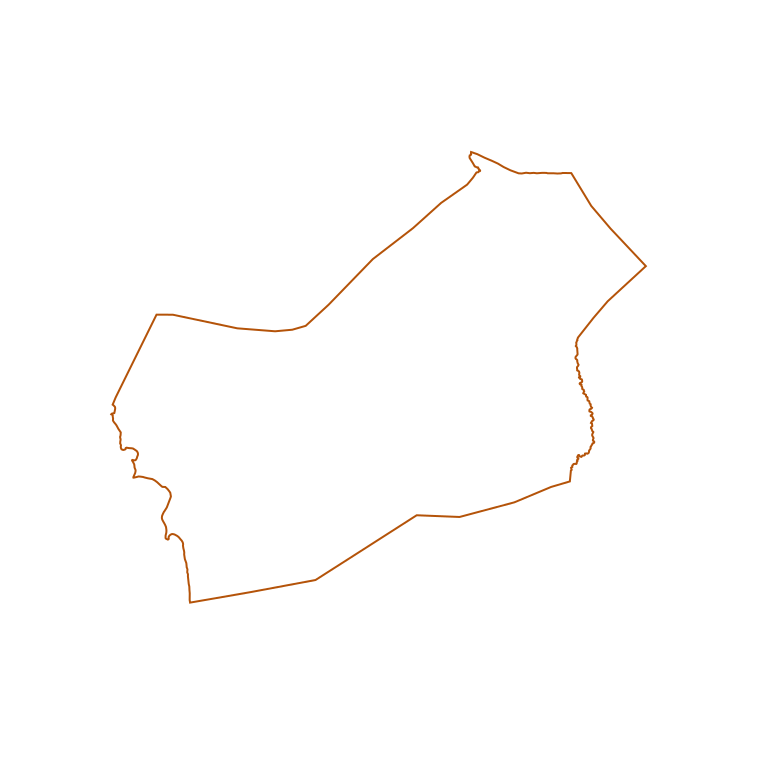 Malchin, Uvs, Mongolia, rotated 56°
{"feature_id": "93677404B34318857177168", "entity_name": "Malchin", "entity_type": "district", "adm_level": 2, "iso_a3": "MNG", "parent_name": "Mongolia", "parent_adm1": "Uvs", "projection": "orthographic", "projection_center": [93.317, 49.713], "detail": "fine", "context": "isolated", "style": "outline", "palette": "amber", "viewbox_px": 768, "rotation_deg": 56, "n_neighbors": 0, "source": "geoboundaries", "source_scale": "gbopen_adm2", "svg_char_len": 6105}
<svg xmlns="http://www.w3.org/2000/svg" viewBox="0 0 768 768"><g transform="rotate(56 384 384)"><path d="M240.4,182.1L241.6,183.1L242.5,183.5L242.6,183.8L242.6,184.1L242.6,184.4L242.4,185.1L243.3,186.0L244.5,186.6L250.8,186.8L254.3,187.1L254.5,186.8L256.1,186.1L256.9,185.0L257.3,185.0L257.4,185.3L258.5,185.3L258.9,185.1L259.5,185.4L260.3,184.9L260.5,184.9L260.9,185.0L261.1,185.2L261.1,185.7L261.0,186.0L260.7,186.2L260.8,186.7L261.0,187.0L261.1,187.5L260.7,188.3L260.5,188.6L260.4,188.9L260.4,189.2L262.7,194.9L265.2,203.6L265.8,235.4L271.0,272.8L274.2,323.4L287.3,385.6L292.0,416.4L287.7,429.7L279.4,444.8L255.8,474.5L208.5,520.3L199.3,533.8L245.1,614.0L249.4,620.5L250.2,620.2L252.0,619.9L252.7,619.9L253.6,620.3L254.4,620.9L256.5,623.0L257.3,623.9L256.9,624.8L256.4,626.2L256.4,626.5L256.6,627.1L256.9,627.0L257.3,626.4L257.6,626.3L257.9,626.3L258.3,626.4L259.3,627.1L261.1,627.9L262.5,629.0L263.4,629.2L264.9,629.2L266.7,629.0L268.4,628.9L269.7,629.0L272.7,629.3L276.9,629.3L277.3,629.6L279.0,630.9L279.7,631.6L280.2,632.3L281.1,632.8L282.4,633.2L283.2,633.8L284.1,634.7L285.8,636.0L287.0,636.1L288.0,636.5L288.9,637.4L290.0,637.9L291.4,638.1L292.4,637.5L293.1,636.7L293.5,635.0L293.4,634.6L293.0,634.2L292.7,633.9L292.8,633.1L294.5,631.3L296.2,629.1L297.2,628.1L297.9,627.9L298.5,627.5L299.7,627.1L300.9,626.6L301.9,626.4L303.4,626.6L304.5,627.1L305.3,627.8L306.3,629.3L307.2,630.3L307.9,631.6L308.1,632.1L308.1,632.9L307.7,633.7L306.3,635.0L306.3,635.5L306.8,635.7L307.5,635.6L310.9,636.0L312.5,636.8L313.5,637.4L314.5,637.7L316.1,638.0L317.1,638.5L318.6,640.0L321.1,643.9L321.5,644.1L321.7,643.9L322.9,640.8L323.4,639.2L324.6,637.7L326.3,635.8L327.9,634.5L330.2,632.4L333.3,629.2L335.9,627.9L338.5,627.0L343.6,625.8L345.3,625.3L347.1,622.9L350.1,622.2L352.8,622.0L354.6,622.0L358.0,623.5L358.7,624.3L364.9,633.1L366.7,637.2L366.9,637.9L368.1,640.0L369.3,641.8L370.6,642.9L371.3,643.3L372.2,643.6L373.3,643.8L378.2,644.2L380.7,644.7L383.5,646.1L384.9,647.1L385.7,647.8L387.5,649.8L389.2,651.0L389.9,651.3L390.4,651.2L391.1,650.8L391.6,650.5L392.1,650.2L392.2,649.8L392.1,649.2L391.6,648.8L390.9,648.5L390.3,647.9L389.9,647.1L389.7,646.5L389.6,645.6L389.6,644.8L389.8,643.8L390.0,643.4L390.4,642.9L391.6,641.8L394.1,640.5L395.2,640.1L396.3,639.8L399.3,639.5L400.7,639.3L402.4,639.4L403.6,639.7L404.6,640.2L405.5,641.0L408.0,642.2L410.5,643.1L411.8,643.7L413.6,645.0L417.8,647.0L421.8,648.0L423.0,648.6L425.7,650.1L426.7,650.3L427.9,650.7L429.9,652.3L430.3,652.5L431.7,652.8L432.6,653.2L433.6,654.0L437.2,655.9L440.6,657.7L443.1,658.7L446.0,660.5L448.9,662.1L454.4,665.9L456.8,667.0L482.1,610.6L508.2,550.4L509.4,501.7L511.1,430.3L536.5,395.7L555.0,342.1L562.8,303.0L568.7,284.4L560.2,277.4L560.1,276.4L559.6,276.2L558.1,275.8L558.0,275.3L558.1,274.3L557.1,273.7L556.8,273.3L556.7,272.3L556.4,271.9L556.4,271.4L556.8,270.7L556.9,270.4L557.2,269.9L557.7,269.6L557.8,269.2L557.7,268.9L557.2,268.3L556.4,267.7L556.0,266.6L555.4,266.7L555.1,266.6L555.0,266.4L554.8,265.5L554.8,265.0L554.7,264.7L554.4,264.5L554.1,264.4L553.7,264.5L553.1,264.8L552.7,264.7L552.4,264.4L552.1,263.8L551.6,262.8L551.7,262.4L551.9,262.1L552.2,262.0L553.1,262.3L553.4,262.2L554.2,261.6L554.8,261.0L554.7,260.7L554.3,259.8L554.3,259.5L555.1,258.3L555.2,257.8L555.2,257.3L555.0,257.0L554.1,256.3L554.2,256.0L554.9,254.8L555.3,254.6L555.6,254.2L555.6,253.8L555.6,253.1L555.3,252.5L554.7,251.8L554.0,251.3L553.5,250.2L553.5,249.8L553.1,249.0L552.7,248.5L551.8,248.1L551.6,247.8L551.5,247.2L550.9,246.3L550.6,245.2L550.3,244.7L550.0,244.6L549.9,244.3L549.9,243.9L550.0,243.4L550.2,243.0L550.1,242.7L549.9,242.4L549.7,242.1L549.3,242.0L548.6,242.1L548.1,242.4L547.7,242.4L547.3,242.2L546.9,241.8L546.6,241.4L546.3,240.8L545.4,240.3L544.9,240.4L543.2,240.2L542.7,240.0L542.1,239.4L541.4,238.2L540.9,237.3L540.5,237.3L540.2,237.4L539.7,237.6L539.1,237.5L537.3,237.0L536.4,237.1L536.0,236.9L535.6,236.5L535.4,235.2L535.3,234.8L534.1,234.2L533.1,233.7L532.8,233.7L532.4,234.0L532.0,234.2L531.8,233.9L531.6,233.2L531.1,232.5L531.1,232.2L531.2,231.1L531.1,230.5L530.7,230.0L530.3,229.9L529.8,230.1L529.4,230.0L528.5,229.6L527.8,229.6L526.8,229.9L526.4,230.2L526.1,230.4L525.9,230.3L525.6,230.1L525.6,229.7L525.6,229.3L525.8,228.6L525.2,227.7L524.9,227.5L524.5,227.5L523.7,227.7L522.8,228.0L522.1,228.7L521.6,229.0L521.2,228.8L520.6,228.4L520.3,228.1L520.1,227.7L520.1,227.1L520.4,226.0L520.2,225.1L520.0,224.8L519.0,225.1L517.9,224.9L517.2,224.7L516.4,224.0L516.1,224.1L515.3,224.4L514.9,224.3L513.1,223.5L512.7,223.6L511.5,224.4L510.8,224.1L509.2,222.9L508.9,222.8L508.5,222.8L507.5,223.4L507.1,223.3L506.7,223.1L506.3,222.8L505.9,222.6L503.2,224.0L502.5,223.2L502.3,222.3L502.0,222.1L501.5,222.1L500.6,221.7L500.2,221.8L499.3,222.4L498.9,222.4L497.7,221.6L497.1,221.4L496.6,221.4L496.3,221.5L496.0,221.4L495.1,220.7L494.8,220.8L494.6,221.0L494.4,221.3L494.0,221.6L493.5,221.7L493.1,221.6L492.9,221.3L492.8,221.0L492.8,220.5L493.1,219.5L493.1,219.1L493.0,218.7L492.5,218.1L491.6,217.7L491.1,217.5L490.6,217.5L490.3,217.8L489.9,218.2L489.6,218.5L489.2,218.5L488.6,218.2L488.2,218.4L487.7,218.8L487.5,218.7L487.4,218.5L487.4,218.2L487.7,217.5L487.7,217.2L487.3,216.9L486.4,217.1L486.1,217.2L485.7,217.1L485.3,217.0L484.0,215.8L482.9,215.4L482.3,215.4L481.7,215.7L481.2,216.0L480.9,216.2L480.6,216.2L480.2,215.7L479.7,215.6L479.3,215.4L478.7,215.1L478.0,214.6L477.5,213.0L477.3,212.5L477.0,212.2L476.7,211.9L475.7,211.9L475.1,211.8L473.2,211.1L472.7,210.7L472.4,210.5L471.6,210.5L470.5,210.9L469.9,210.9L469.2,210.5L468.7,210.0L467.8,207.1L467.3,206.7L463.6,204.6L462.6,203.9L462.0,203.8L461.5,203.6L460.9,203.6L459.8,203.8L459.7,203.7L459.3,202.7L457.1,201.4L456.9,200.9L456.2,200.1L455.9,199.2L455.3,199.0L455.1,198.9L454.6,197.9L454.2,197.6L454.0,197.3L453.8,196.7L446.3,173.3L440.5,152.3L432.7,101.0L381.8,109.3L352.3,112.6L313.9,110.8L309.0,117.8L308.4,119.4L306.5,122.5L304.1,125.6L300.8,130.5L299.9,131.2L297.4,134.8L294.8,139.4L292.7,141.8L290.8,145.2L288.3,148.1L286.5,152.1L284.6,154.6L277.5,159.7L271.0,163.5L265.0,166.3L259.7,169.5L252.6,174.1L245.5,178.2L240.4,182.1Z" fill="none" stroke="#b45309" stroke-width="2"/></g></svg>